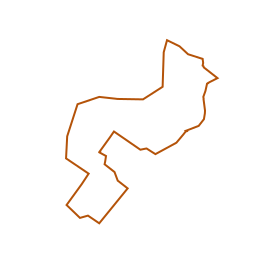 Bayramaly, Mary, Turkmenistan, rotated 218°
{"feature_id": "10190150B50405020357004", "entity_name": "Bayramaly", "entity_type": "district", "adm_level": 2, "iso_a3": "TKM", "parent_name": "Turkmenistan", "parent_adm1": "Mary", "projection": "natural_earth1", "projection_center": [62.18, 37.598], "detail": "fine", "context": "isolated", "style": "outline", "palette": "amber", "viewbox_px": 256, "rotation_deg": 218, "n_neighbors": 0, "source": "geoboundaries", "source_scale": "gbopen_adm2", "svg_char_len": 835}
<svg xmlns="http://www.w3.org/2000/svg" viewBox="0 0 256 256"><g transform="rotate(218 128 128)"><path d="M73.6,181.7L76.4,186.8L78.0,189.1L86.2,197.2L86.3,197.5L87.8,198.9L89.8,204.9L93.0,211.6L92.4,212.7L92.6,213.0L88.2,222.4L105.6,222.4L106.4,223.1L107.6,223.1L108.8,225.5L111.7,228.4L126.1,223.1L137.7,224.1L151.3,221.2L146.5,209.7L126.1,181.8L133.8,159.8L154.2,144.4L156.2,143.2L169.8,134.8L182.4,115.7L170.8,84.0L158.1,65.9L130.9,67.8L129.9,55.3L129.0,29.5L110.5,27.6L105.6,34.3L92.0,35.2L91.1,80.2L103.7,80.2L111.5,85.0L124.1,85.0L125.5,87.8L128.1,92.4L135.3,91.2L135.3,91.8L135.8,91.7L136.5,109.8L136.9,116.4L136.7,116.4L136.7,116.6L104.9,118.5L101.3,122.7L100.7,123.3L94.2,123.9L90.3,124.3L80.8,146.2L80.4,157.0L80.4,160.7L79.9,161.4L80.7,161.4L73.6,173.2L73.6,181.7Z" fill="none" stroke="#b45309" stroke-width="2"/></g></svg>